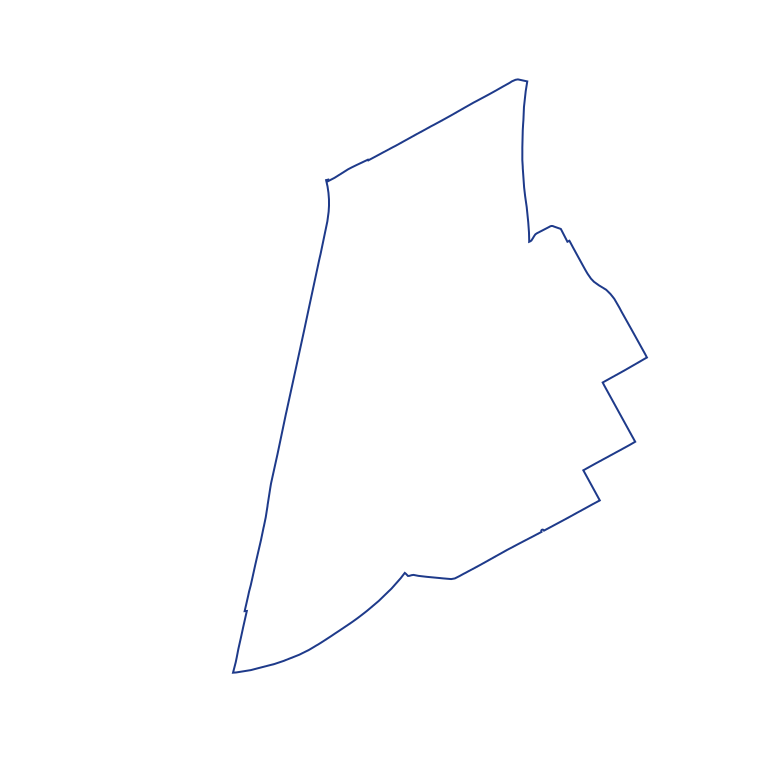 Subiaco, Western Australia, Australia (Equal Earth projection), rotated 151°
{"feature_id": "25037944B24614013246759", "entity_name": "Subiaco", "entity_type": "district", "adm_level": 2, "iso_a3": "AUS", "parent_name": "Australia", "parent_adm1": "Western Australia", "projection": "equal_earth", "projection_center": [115.818, -31.953], "detail": "fine", "context": "isolated", "style": "outline", "palette": "blue", "viewbox_px": 768, "rotation_deg": 151, "n_neighbors": 0, "source": "geoboundaries", "source_scale": "gbopen_adm2", "svg_char_len": 2854}
<svg xmlns="http://www.w3.org/2000/svg" viewBox="0 0 768 768"><g transform="rotate(151 384 384)"><path d="M141.2,279.7L141.2,280.0L141.1,283.2L141.1,283.7L141.1,291.0L141.1,297.7L141.1,311.0L141.2,331.6L141.1,336.8L141.3,346.9L142.3,352.9L144.0,358.7L148.2,366.1L150.8,371.6L151.9,375.8L152.5,381.8L152.6,385.6L152.6,388.6L152.6,392.2L152.5,411.7L152.4,417.3L152.4,419.4L154.6,419.5L154.2,432.6L154.2,433.9L159.0,439.3L159.8,440.3L160.5,440.8L161.1,441.1L162.1,441.3L163.9,441.3L177.2,441.7L179.1,441.5L181.3,440.4L182.8,439.5L185.6,438.0L187.4,437.9L188.1,438.0L187.6,438.8L183.7,446.3L179.4,455.6L173.4,469.6L170.4,477.5L169.4,480.1L166.1,488.1L157.9,505.7L157.5,506.4L154.4,512.9L150.1,520.6L148.4,523.7L139.6,538.7L136.3,543.9L134.2,547.1L127.3,558.4L118.1,571.4L112.0,579.2L118.4,584.8L119.2,585.5L121.5,586.3L125.4,586.7L128.1,586.5L135.4,586.5L145.2,586.4L150.8,586.4L165.3,586.6L169.3,586.7L179.9,586.6L187.6,586.5L194.8,586.4L199.7,586.4L202.5,586.4L214.5,586.5L217.7,586.6L226.9,586.6L234.0,586.7L250.0,586.7L258.7,586.7L261.0,586.8L273.3,587.0L275.0,587.0L288.1,587.2L289.3,587.2L289.3,588.0L294.0,588.3L301.5,588.8L307.3,589.1L311.3,589.2L327.3,588.3L334.3,588.5L333.7,589.8L335.8,590.4L337.6,584.2L339.9,578.1L342.6,572.2L345.6,566.7L348.9,561.5L354.7,553.7L376.5,528.4L378.5,526.2L381.0,523.4L414.4,485.1L428.3,469.1L451.3,442.9L452.6,441.4L483.0,406.8L484.1,405.6L487.2,402.0L511.4,374.0L515.3,369.6L531.1,351.7L533.8,348.3L543.6,335.7L544.4,334.7L545.0,333.8L552.1,324.7L558.2,317.6L558.7,317.1L567.2,307.2L570.9,303.1L578.3,294.9L584.4,288.1L591.9,279.6L593.3,278.0L598.1,272.6L602.7,267.8L605.4,264.7L611.4,258.0L615.1,253.9L616.0,252.9L614.0,252.0L626.2,238.3L626.7,237.7L632.4,231.2L639.8,222.9L645.5,216.1L648.6,212.5L652.1,208.8L656.0,204.7L653.2,203.4L639.1,198.3L632.8,196.7L615.5,192.2L605.7,190.4L603.8,190.2L595.6,189.1L589.4,188.3L587.5,188.2L587.0,188.2L578.5,187.8L572.2,188.0L570.0,188.1L568.2,188.1L564.3,188.3L552.6,189.1L548.1,189.5L542.8,189.9L527.8,191.2L520.9,192.0L519.5,192.2L511.5,193.4L508.5,193.9L495.3,196.5L493.8,196.8L479.8,200.6L479.3,200.7L476.7,201.4L471.9,203.1L463.7,206.0L457.4,208.7L456.8,207.2L456.1,204.5L454.8,203.9L452.5,203.4L450.7,202.7L446.9,199.5L440.2,194.7L429.1,187.1L426.8,185.5L419.8,180.8L416.3,179.6L411.2,179.4L406.2,179.4L404.3,179.3L401.6,179.3L388.4,179.1L356.9,179.2L342.7,178.9L319.2,178.3L318.0,178.3L318.0,178.7L317.8,179.0L317.6,179.4L317.4,179.6L317.1,179.8L316.7,179.9L316.4,179.9L316.0,179.8L315.7,179.6L315.5,179.4L315.3,179.0L315.1,178.7L315.1,178.2L295.4,177.9L285.6,177.8L277.9,177.8L266.1,177.7L259.4,177.7L251.7,177.6L251.5,211.9L243.8,211.9L237.4,211.9L201.5,211.6L198.4,211.6L192.3,211.7L192.3,218.8L192.1,276.0L192.0,279.3L183.7,279.3L180.9,279.3L180.6,279.3L166.4,279.3L148.5,279.6L143.7,279.7L141.2,279.7Z" fill="none" stroke="#1e3a8a" stroke-width="2"/></g></svg>